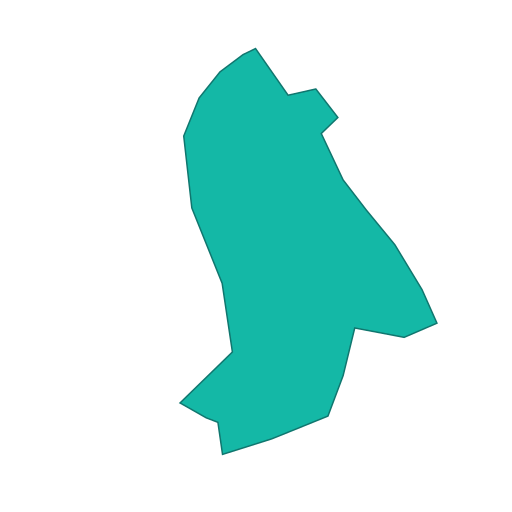 the Parish of Saint David, rotated 325°
{"feature_id": "VCT-5066", "entity_name": "Saint David", "entity_type": "Parish", "adm_level": 1, "iso_a3": "VCT", "parent_name": "Saint Vincent and the Grenadines", "parent_adm1": "", "projection": "orthographic", "projection_center": [-61.207, 13.318], "detail": "fine", "context": "isolated", "style": "filled", "palette": "teal", "viewbox_px": 512, "rotation_deg": 325, "n_neighbors": 0, "source": "natural_earth", "source_scale": "10m", "svg_char_len": 491}
<svg xmlns="http://www.w3.org/2000/svg" viewBox="0 0 512 512"><g transform="rotate(325 256 256)"><path d="M114.8,399.3L129.4,370.4L122.4,360.0L109.5,332.8L181.6,321.1L212.6,259.0L231.0,179.8L265.6,116.3L300.1,93.9L332.2,84.5L360.9,83.6L374.6,85.8L374.5,142.7L400.8,153.5L402.5,189.5L379.7,193.1L371.0,243.6L372.7,281.5L376.2,326.5L372.7,378.8L365.7,414.8L330.7,407.6L295.6,371.6L258.7,404.0L223.1,428.4L164.0,414.8L114.8,399.3Z" fill="#14b8a6" stroke="#0f766e" stroke-width="1.5"/></g></svg>